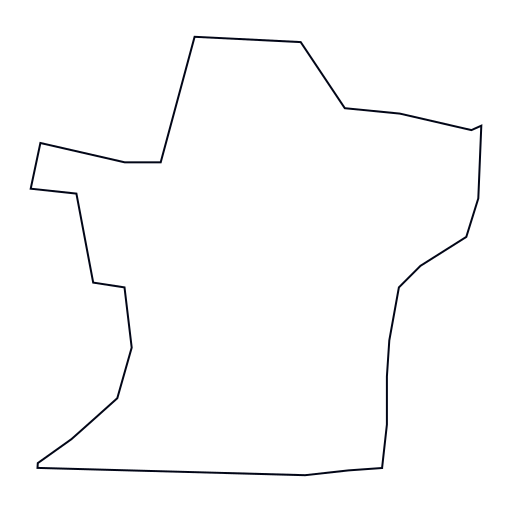 outline of Gyeyang-gu, Gyeonggi, South Korea
{"feature_id": "91817680B94833670639499", "entity_name": "Gyeyang-gu", "entity_type": "district", "adm_level": 2, "iso_a3": "KOR", "parent_name": "South Korea", "parent_adm1": "Gyeonggi", "projection": "albers", "projection_center": [126.738, 37.552], "detail": "fine", "context": "isolated", "style": "outline", "palette": "ink", "viewbox_px": 512, "rotation_deg": 0, "n_neighbors": 0, "source": "geoboundaries", "source_scale": "gbopen_adm2", "svg_char_len": 500}
<svg xmlns="http://www.w3.org/2000/svg" viewBox="0 0 512 512"><path d="M194.6,36.8L160.7,162.3L124.6,162.3L40.4,143.0L30.7,188.7L76.4,193.6L93.2,282.6L124.5,287.4L131.7,347.6L117.3,398.2L93.2,419.8L71.5,439.1L37.8,463.1L37.5,467.9L305.1,475.2L348.4,470.4L382.1,468.0L382.1,467.7L386.9,424.6L386.9,376.5L389.3,340.4L398.9,287.4L409.7,276.6L420.5,265.8L466.3,236.9L478.3,198.4L481.3,125.7L471.4,130.1L399.8,113.6L344.8,108.2L300.7,42.1L194.6,36.8Z" fill="none" stroke="#020617" stroke-width="2"/></svg>